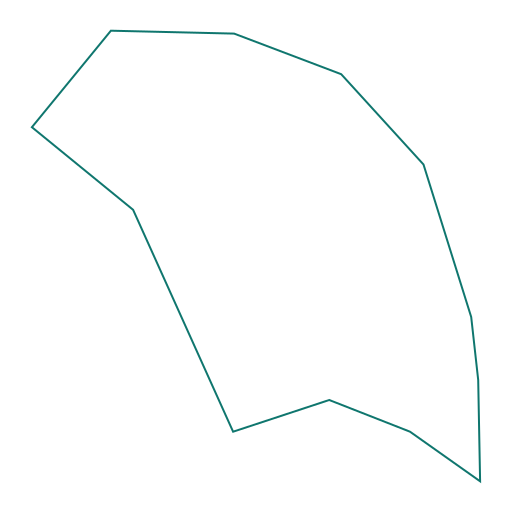 the Parish of Saint James Windward
{"feature_id": "KNA-5103", "entity_name": "Saint James Windward", "entity_type": "Parish", "adm_level": 1, "iso_a3": "KNA", "parent_name": "Saint Kitts and Nevis", "parent_adm1": "", "projection": "natural_earth1", "projection_center": [-62.57, 17.171], "detail": "fine", "context": "isolated", "style": "outline", "palette": "teal", "viewbox_px": 512, "rotation_deg": 0, "n_neighbors": 0, "source": "natural_earth", "source_scale": "10m", "svg_char_len": 278}
<svg xmlns="http://www.w3.org/2000/svg" viewBox="0 0 512 512"><path d="M31.9,127.2L110.9,30.7L234.1,33.6L341.2,74.2L423.5,164.5L471.2,317.0L478.2,380.0L480.1,481.3L410.0,431.7L329.2,400.0L233.1,431.7L133.1,209.8L31.9,127.2Z" fill="none" stroke="#0f766e" stroke-width="2"/></svg>